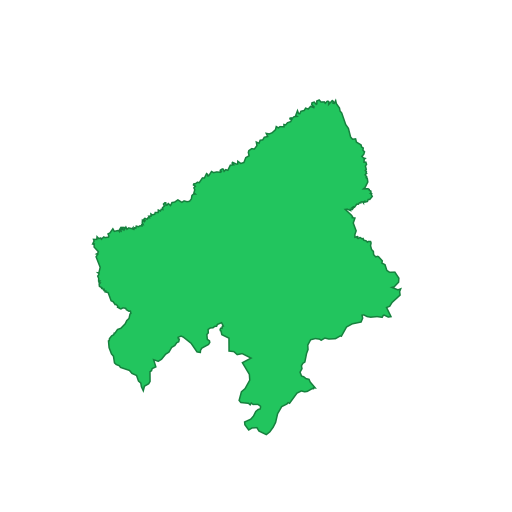 outline of Mpika, Muchinga, Zambia, rotated 212°
{"feature_id": "96606910B87532559916375", "entity_name": "Mpika", "entity_type": "district", "adm_level": 2, "iso_a3": "ZMB", "parent_name": "Zambia", "parent_adm1": "Muchinga", "projection": "orthographic", "projection_center": [31.827, -12.049], "detail": "fine", "context": "isolated", "style": "filled", "palette": "green", "viewbox_px": 512, "rotation_deg": 212, "n_neighbors": 0, "source": "geoboundaries", "source_scale": "gbopen_adm2", "svg_char_len": 6155}
<svg xmlns="http://www.w3.org/2000/svg" viewBox="0 0 512 512"><g transform="rotate(212 256 256)"><path d="M336.1,105.8L332.0,100.4L326.7,96.4L323.8,95.5L319.4,90.4L317.1,89.9L313.7,90.5L311.9,89.7L302.7,91.9L299.0,90.7L294.0,91.4L289.4,87.7L286.4,87.2L283.9,84.4L280.2,82.0L281.6,86.5L279.3,90.8L279.4,93.5L284.6,101.7L283.8,103.3L284.4,105.5L282.2,108.9L287.9,113.8L283.1,114.9L281.4,118.4L280.6,124.8L278.9,128.4L279.1,133.8L277.4,137.1L277.3,140.4L276.1,142.3L277.0,144.9L278.1,144.7L279.0,145.7L277.1,148.4L274.5,148.7L264.8,147.6L255.2,143.4L252.1,144.7L253.1,146.7L253.1,149.2L249.4,155.8L249.4,158.2L250.5,159.4L253.1,159.5L256.1,163.4L255.7,165.5L257.7,168.3L256.6,170.8L254.4,172.4L253.7,174.5L252.2,175.5L252.5,177.5L249.9,181.2L246.6,179.3L247.3,178.5L246.5,176.6L247.5,176.3L247.6,174.9L246.7,173.8L246.0,173.9L243.3,171.2L235.4,172.0L228.5,161.1L224.1,163.2L219.7,162.4L216.0,165.9L206.1,166.8L211.0,158.3L198.9,152.1L195.5,147.4L195.0,137.7L196.4,133.1L193.8,124.6L191.2,123.7L184.3,127.1L182.1,126.7L182.1,128.8L179.8,128.6L175.7,131.2L172.6,131.0L172.0,130.2L171.4,128.4L172.8,127.1L173.8,124.0L173.3,118.9L174.0,114.8L177.7,109.2L176.0,107.0L170.0,104.6L168.2,108.1L164.3,110.9L160.7,109.1L152.6,110.0L151.1,114.2L150.7,119.9L151.2,125.3L154.1,133.7L154.4,141.9L151.3,147.0L151.1,148.7L149.5,148.9L148.6,161.4L146.0,165.6L142.8,166.6L140.8,168.3L138.2,173.1L137.0,173.9L137.4,174.7L135.9,175.5L143.4,177.9L145.7,179.5L148.7,178.5L151.6,178.9L153.7,178.3L157.1,180.8L157.3,184.8L159.3,187.0L159.4,189.8L158.4,192.0L161.5,200.2L162.3,204.2L164.9,207.9L165.3,213.9L162.0,217.4L158.0,219.2L156.1,219.1L154.1,222.9L150.2,224.2L144.8,228.0L142.2,232.9L141.1,233.2L141.6,243.8L138.4,249.5L131.9,255.7L132.6,259.8L134.7,262.0L133.3,263.2L129.7,263.5L126.3,264.9L121.2,268.8L116.5,270.9L116.6,273.1L116.0,273.8L111.5,274.3L109.4,276.1L118.0,281.5L116.0,284.2L116.0,288.7L113.1,299.2L115.4,302.0L115.9,304.8L117.7,302.5L124.1,301.4L122.5,303.1L121.2,309.4L123.1,312.9L129.7,315.9L134.0,313.0L137.4,313.1L142.0,317.0L145.5,316.7L146.3,318.8L151.6,320.3L152.6,320.2L154.1,318.7L157.0,319.5L158.9,322.1L161.4,322.7L164.3,325.4L165.3,328.0L166.5,329.0L168.4,327.9L168.8,326.8L170.8,327.2L172.9,326.5L174.5,327.6L175.1,326.8L177.6,326.8L178.7,324.9L179.7,325.0L179.8,326.2L180.2,326.3L182.0,324.3L183.5,326.5L184.4,330.4L191.0,335.5L192.2,340.6L194.7,339.5L195.0,340.5L196.7,341.2L205.0,342.8L203.4,344.1L199.9,344.7L200.7,345.5L199.0,346.4L198.9,348.0L200.1,347.7L199.4,349.5L198.3,349.6L198.0,353.4L196.6,354.2L196.5,355.9L195.2,356.6L195.5,357.6L194.3,358.4L193.2,358.0L193.6,358.5L192.8,360.1L192.2,359.4L190.4,361.3L190.8,363.4L189.5,364.2L189.0,368.2L190.8,369.1L190.9,370.1L192.2,369.8L191.9,370.5L193.0,371.9L194.7,371.7L195.2,372.4L196.7,372.4L200.4,369.9L199.8,371.7L200.4,378.0L202.6,380.6L204.0,380.7L203.8,381.7L206.5,382.7L206.0,384.7L206.7,384.7L207.2,386.2L208.6,386.4L208.4,387.9L210.9,390.3L210.8,392.3L212.6,393.8L214.1,392.8L215.5,395.3L215.1,396.6L216.8,396.1L219.0,396.6L218.5,399.3L219.2,401.9L221.3,402.3L222.3,404.4L224.2,404.4L225.8,405.9L231.2,405.8L233.6,408.1L236.0,406.2L238.8,407.0L245.3,413.2L249.6,415.0L259.1,422.7L261.6,423.5L263.6,425.7L268.6,427.8L270.8,430.0L270.5,426.8L271.7,426.4L272.4,428.1L273.7,428.2L274.7,423.1L275.9,425.4L276.7,425.5L277.6,425.0L278.2,422.2L279.7,422.9L282.5,421.0L285.1,421.8L286.6,419.6L285.0,417.3L285.3,416.5L288.2,417.4L289.7,415.6L288.9,413.7L285.9,413.3L285.6,412.4L289.0,411.8L289.6,408.3L292.3,407.7L292.2,405.0L294.6,402.5L294.3,399.8L295.5,399.4L297.8,401.2L296.8,396.2L295.2,396.1L297.5,394.3L298.3,391.9L299.4,391.8L300.2,390.8L299.8,390.2L298.0,390.7L297.8,388.3L299.9,385.7L300.3,382.9L302.0,382.3L300.7,380.4L304.2,378.4L304.9,376.5L307.4,376.5L306.4,373.4L307.7,368.9L309.5,366.5L312.3,365.4L309.4,363.5L311.9,361.1L311.8,358.0L313.8,356.4L313.2,353.2L316.1,352.8L313.7,350.1L314.1,345.8L316.5,344.8L317.9,341.6L317.4,339.8L315.0,337.3L316.8,334.0L315.8,328.9L317.9,326.4L321.6,326.7L320.3,324.3L321.1,323.6L325.5,323.0L325.5,322.1L323.3,321.5L325.9,319.4L325.3,313.7L327.4,313.2L327.9,310.9L329.8,312.3L330.7,312.0L331.7,310.0L331.5,309.3L330.2,309.4L330.3,308.2L333.8,306.5L336.2,304.2L338.5,304.1L338.6,298.9L339.4,298.3L340.3,299.6L341.6,299.7L341.1,294.8L342.8,293.8L343.0,288.1L344.8,287.5L345.3,285.8L347.0,284.1L346.7,283.1L344.4,283.0L344.8,280.9L343.0,279.7L342.1,276.6L340.4,276.4L341.8,275.4L342.4,273.4L341.0,270.0L341.4,267.1L343.2,265.5L346.2,264.6L347.3,262.2L352.0,262.2L353.6,258.5L355.6,256.8L355.2,253.5L358.2,254.0L358.4,252.0L359.2,251.4L360.7,253.3L361.5,252.9L362.0,251.0L360.1,249.7L360.9,247.5L359.6,246.0L361.1,245.5L360.9,243.5L363.2,243.2L362.0,241.0L364.5,239.5L364.0,237.7L365.8,235.9L367.4,236.0L366.1,234.2L368.1,232.9L366.6,232.0L367.8,231.3L367.9,229.4L370.2,229.1L370.5,228.3L370.5,227.2L368.8,227.2L368.8,226.0L371.3,226.2L370.2,224.1L368.3,222.8L369.6,222.2L368.6,221.1L370.4,220.1L371.2,218.5L373.4,217.9L372.7,215.9L373.9,215.6L373.6,213.8L374.5,213.6L375.3,214.8L375.4,213.6L378.9,212.3L379.6,210.3L381.7,211.6L381.7,208.8L383.0,210.3L385.7,208.7L385.7,208.1L384.0,208.6L382.9,207.8L385.1,207.3L383.6,205.6L384.6,205.5L386.0,207.0L384.7,204.3L386.3,204.7L389.2,201.8L391.8,203.2L392.1,198.1L393.2,196.3L391.4,195.0L391.1,193.8L393.8,191.6L395.2,191.5L396.0,188.3L397.2,189.0L398.6,187.5L401.0,188.1L399.8,185.7L402.6,184.0L401.2,182.9L401.0,180.5L400.0,180.5L400.5,179.7L399.3,179.9L398.0,177.8L392.0,176.1L391.6,174.4L392.3,173.2L391.1,173.5L391.2,170.6L382.1,163.8L380.3,158.4L381.1,158.0L379.8,157.8L379.4,156.7L379.6,155.1L377.6,153.7L376.3,151.5L375.2,152.0L375.5,150.8L374.7,150.0L373.9,150.5L374.0,148.9L372.7,147.3L370.0,147.4L369.7,146.7L368.9,147.2L367.5,146.5L367.1,147.2L366.2,146.1L364.8,146.6L364.8,145.7L362.0,146.6L355.2,141.3L352.7,141.5L349.7,140.1L349.0,140.8L347.0,140.4L346.2,139.1L345.1,139.8L344.6,139.2L342.5,139.5L341.4,141.5L338.8,142.6L337.6,141.8L334.6,141.8L333.3,142.7L331.7,141.1L332.1,140.1L330.6,135.7L331.4,132.8L331.0,129.2L332.3,123.1L334.5,120.3L334.7,116.0L335.4,115.4L334.9,114.0L336.1,111.7L336.5,108.3L335.6,106.5L336.1,105.8Z" fill="#22c55e" stroke="#15803d" stroke-width="1.5"/></g></svg>